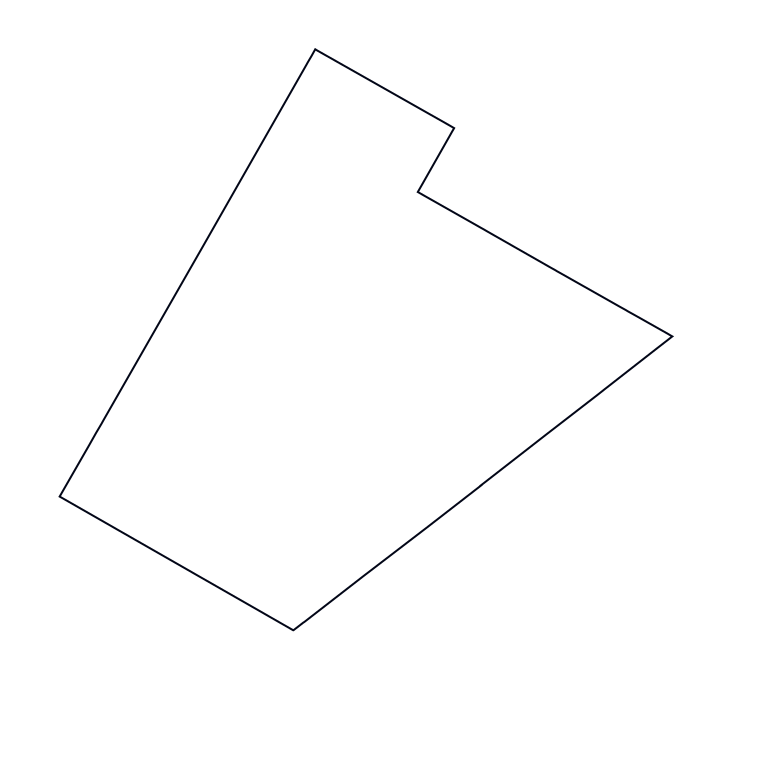 outline of Maipú, Chaco, Argentina, rotated 299°
{"feature_id": "61730980B32461814462498", "entity_name": "Maipú", "entity_type": "district", "adm_level": 2, "iso_a3": "ARG", "parent_name": "Argentina", "parent_adm1": "Chaco", "projection": "natural_earth1", "projection_center": [-60.353, -26.376], "detail": "fine", "context": "isolated", "style": "outline", "palette": "ink", "viewbox_px": 768, "rotation_deg": 299, "n_neighbors": 0, "source": "geoboundaries", "source_scale": "gbopen_adm2", "svg_char_len": 862}
<svg xmlns="http://www.w3.org/2000/svg" viewBox="0 0 768 768"><g transform="rotate(299 384 384)"><path d="M641.8,321.3L641.8,321.1L641.9,316.6L643.3,164.4L643.4,161.6L638.2,161.6L635.9,161.6L628.5,161.4L625.1,161.4L415.8,158.9L216.8,156.2L212.4,156.2L205.2,156.0L202.1,155.9L187.9,155.8L135.7,155.0L128.3,154.9L125.0,396.0L124.6,424.0L124.8,424.2L136.4,429.2L137.0,429.6L205.2,458.8L209.1,460.5L273.8,488.7L277.2,490.2L342.3,518.1L342.3,517.9L411.0,547.2L417.8,550.1L479.6,576.7L486.6,579.6L548.3,605.8L548.5,605.9L555.3,608.8L565.4,613.1L565.4,611.3L565.5,608.3L565.8,568.0L565.8,565.5L565.8,561.9L565.9,559.8L565.9,551.9L566.5,483.1L566.5,480.1L566.6,479.2L566.6,472.2L567.4,408.0L567.5,400.2L567.6,396.3L567.6,392.3L568.2,328.2L568.3,320.5L575.5,320.6L634.5,321.2L636.8,321.2L641.7,321.3L641.8,321.3Z" fill="none" stroke="#020617" stroke-width="2"/></g></svg>